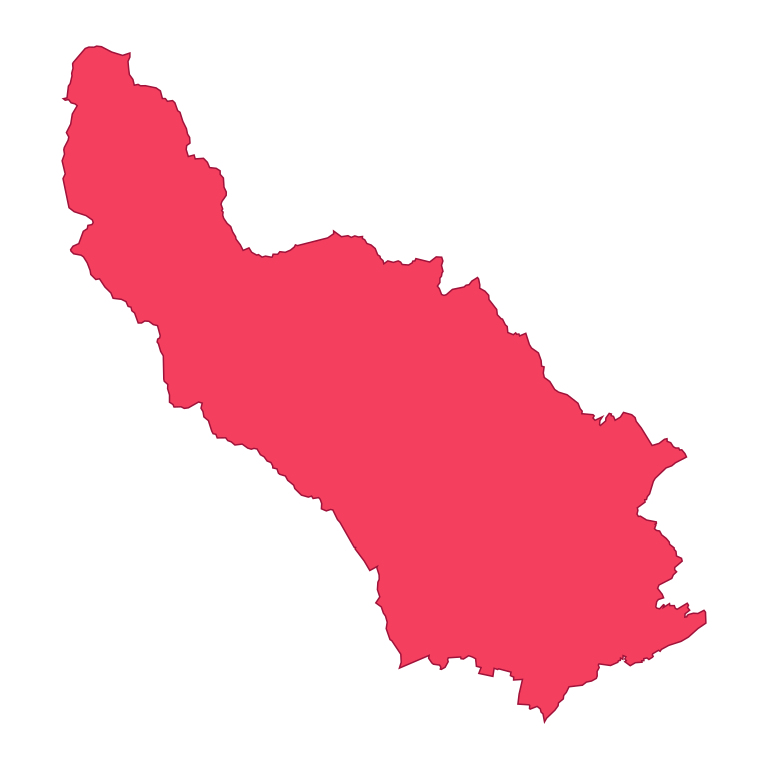 the district of Dumitresti, Vrancea, Romania
{"feature_id": "2599482B73706266576217", "entity_name": "Dumitresti", "entity_type": "district", "adm_level": 2, "iso_a3": "ROU", "parent_name": "Romania", "parent_adm1": "Vrancea", "projection": "albers", "projection_center": [26.916, 45.591], "detail": "fine", "context": "isolated", "style": "filled", "palette": "rose", "viewbox_px": 768, "rotation_deg": 0, "n_neighbors": 0, "source": "geoboundaries", "source_scale": "gbopen_adm2", "svg_char_len": 6051}
<svg xmlns="http://www.w3.org/2000/svg" viewBox="0 0 768 768"><path d="M544.5,721.9L546.6,718.2L554.9,710.2L558.1,705.8L558.5,702.9L563.3,698.9L563.7,695.5L566.3,692.4L569.0,686.8L582.4,685.2L586.4,682.1L591.6,681.0L596.3,678.4L597.2,676.0L597.1,671.4L599.2,667.6L598.3,665.0L599.0,663.9L610.5,665.5L617.8,662.3L618.4,660.8L620.3,660.4L620.5,658.1L622.9,659.3L623.1,655.6L625.9,656.7L624.8,658.9L626.3,660.6L624.8,661.7L630.2,665.7L635.4,662.7L642.0,662.2L641.7,660.8L643.9,660.6L643.8,658.6L647.0,658.0L648.9,659.5L652.5,657.2L653.2,656.3L652.3,655.0L652.8,653.7L658.5,650.3L660.1,651.3L661.4,649.4L668.7,645.4L681.2,641.3L688.4,637.1L698.0,628.5L705.9,623.1L705.5,612.2L704.0,610.3L697.9,613.5L693.4,613.2L689.0,614.4L687.3,615.3L686.8,616.8L684.8,617.1L685.1,613.8L689.7,610.2L687.5,607.4L688.5,605.2L687.2,603.2L677.1,609.3L675.3,608.3L674.3,605.6L669.9,605.6L669.5,603.6L663.4,607.5L664.2,605.1L663.5,604.7L659.6,608.8L656.8,608.1L655.8,606.8L656.7,601.6L658.4,599.5L663.6,597.8L662.2,594.3L657.6,588.3L659.0,585.0L671.8,578.4L673.3,574.9L676.6,571.8L674.7,569.8L674.7,567.5L682.2,561.1L681.5,558.3L676.5,556.0L676.0,551.4L674.2,549.4L674.1,547.8L669.7,544.4L669.2,542.0L666.2,538.4L661.7,534.9L659.6,531.0L656.4,530.4L654.5,528.7L655.9,525.0L655.1,524.2L656.4,523.5L656.3,521.9L646.5,520.0L640.5,516.2L638.4,516.4L637.0,514.1L637.9,510.4L637.3,507.8L645.1,502.1L644.7,499.7L646.5,499.5L647.2,496.8L649.6,493.8L653.4,481.3L655.2,478.3L666.1,467.9L671.8,465.8L675.4,462.8L686.5,457.0L685.0,453.7L681.8,449.8L679.6,450.0L678.7,448.0L675.6,448.0L673.3,446.7L670.7,442.7L667.2,441.4L667.0,438.7L664.4,439.3L659.1,443.4L652.1,445.5L641.3,428.0L636.2,421.4L635.1,417.6L631.7,414.7L623.5,412.4L620.4,417.1L615.1,420.3L613.5,416.4L611.1,415.6L611.4,414.0L609.2,413.4L605.9,418.0L605.7,420.9L600.4,425.5L599.6,424.7L599.9,420.6L602.4,416.8L595.0,420.3L593.0,418.0L594.2,415.9L593.0,414.7L581.8,413.7L582.2,411.2L580.1,408.6L578.0,403.3L567.2,394.8L558.5,392.1L554.7,389.5L549.8,381.5L544.3,377.5L543.3,373.0L544.1,366.9L541.6,366.1L541.1,360.5L538.4,352.9L531.5,348.0L529.4,344.6L525.8,333.3L519.6,335.9L518.9,334.0L516.6,334.3L515.7,332.9L513.3,334.7L507.8,332.5L507.2,326.5L505.3,324.8L502.5,319.1L501.1,318.7L497.3,314.7L496.7,309.5L489.0,299.6L488.7,295.3L485.0,291.2L479.7,288.2L479.8,284.9L478.6,279.0L477.5,277.5L471.8,281.1L469.1,284.7L466.1,285.2L464.0,287.0L452.4,289.4L446.3,294.7L443.9,295.4L441.6,294.5L439.3,288.6L437.4,286.1L439.9,282.5L439.9,278.2L441.5,276.1L442.0,272.9L443.0,271.4L441.5,265.4L442.9,261.0L441.7,257.2L436.2,256.9L429.7,262.0L415.9,258.6L414.9,260.9L412.8,261.1L412.2,262.8L408.6,265.0L402.2,264.5L400.6,262.1L398.2,260.9L393.4,262.4L387.8,260.9L383.8,263.8L383.0,260.6L380.4,258.2L380.0,256.3L377.7,254.8L375.2,248.5L371.1,245.0L366.9,243.5L364.7,239.7L362.4,238.5L362.5,236.5L358.5,237.0L354.8,235.9L351.3,237.4L348.0,235.7L341.4,236.7L333.6,231.0L333.7,233.7L327.7,237.9L297.5,245.6L295.4,244.9L294.3,247.0L290.5,250.1L285.3,252.3L279.8,251.7L277.7,254.3L273.1,254.2L272.3,256.9L271.4,257.2L265.5,256.1L262.1,257.1L258.5,254.6L256.7,255.1L251.7,252.3L249.0,247.9L243.1,250.4L240.3,244.8L236.0,239.1L235.6,236.7L232.6,231.8L230.7,226.5L227.1,223.4L223.7,218.3L222.7,215.1L223.1,212.1L221.7,210.6L222.7,209.0L221.0,204.2L221.9,201.5L226.2,195.4L226.3,192.0L224.0,187.2L223.4,178.0L220.2,174.4L220.1,170.8L216.2,168.3L209.6,167.6L207.4,162.3L203.5,158.3L195.2,158.9L194.1,155.0L188.3,156.5L186.2,149.5L186.7,145.5L190.0,143.1L189.6,137.4L187.5,134.0L186.4,128.6L182.8,121.3L180.0,112.3L177.7,110.7L174.9,102.8L172.6,100.6L167.4,101.3L165.4,98.6L162.4,98.5L160.4,90.9L156.1,87.9L145.3,85.7L140.5,85.8L138.1,84.4L134.3,85.2L132.9,79.4L129.4,74.6L128.7,69.2L128.0,61.4L129.9,57.1L129.9,53.0L122.6,55.4L111.6,52.0L101.5,46.7L96.6,46.1L94.1,47.2L88.8,47.1L85.2,48.5L73.3,62.4L72.6,63.8L73.0,68.3L71.7,73.3L72.0,75.9L70.2,83.6L68.4,86.1L67.0,97.9L63.3,98.7L65.2,100.2L68.6,99.6L71.1,102.8L75.1,103.9L77.2,105.7L72.3,114.0L70.7,124.1L66.4,132.6L68.8,137.0L68.1,140.2L64.3,147.5L63.8,149.8L64.5,154.2L62.1,160.8L65.2,173.9L63.0,178.6L69.0,207.7L74.2,211.7L86.1,215.6L92.4,220.0L93.2,222.6L91.9,224.6L87.9,225.4L87.3,228.7L83.3,231.3L78.8,243.6L73.0,246.2L70.6,249.7L71.0,251.1L73.7,253.8L81.1,255.2L83.5,256.9L87.2,262.8L90.1,270.4L90.8,274.5L95.8,279.5L99.5,278.8L104.9,287.0L110.9,292.9L113.1,298.3L121.3,299.3L126.0,301.6L128.1,306.4L131.0,307.2L131.8,310.7L134.6,313.0L138.2,323.0L141.6,323.0L144.7,321.0L148.9,321.3L153.3,324.6L157.5,325.6L160.2,335.6L159.7,337.9L157.7,339.1L157.1,342.0L158.4,343.7L160.7,351.5L163.3,355.8L163.8,379.1L164.2,381.2L167.8,384.5L167.6,388.6L169.5,394.9L169.5,402.2L173.0,404.5L174.0,407.0L181.1,406.8L184.3,408.4L188.4,407.8L198.6,402.0L202.2,403.1L201.0,408.2L203.0,411.6L203.9,416.9L208.4,420.6L211.7,431.0L213.1,433.7L215.9,434.3L217.2,437.9L225.7,437.8L227.8,440.6L231.3,441.9L234.9,445.0L242.2,444.1L247.7,448.1L251.3,449.2L254.0,448.4L257.1,449.0L260.4,454.7L264.1,456.8L267.1,461.0L270.9,462.5L272.7,465.9L272.8,467.9L277.0,468.9L278.4,473.1L279.8,474.3L285.4,476.0L287.7,480.3L293.7,485.2L294.8,488.6L301.4,495.1L308.3,497.1L311.6,496.1L313.1,498.5L318.6,497.6L320.2,499.3L321.7,503.6L321.4,508.8L326.3,510.9L330.5,509.5L332.8,509.9L337.5,519.6L340.0,522.4L354.2,547.3L355.6,547.5L355.1,548.9L364.2,561.0L369.8,570.5L377.3,566.4L376.8,567.7L379.1,574.9L379.2,579.3L377.9,582.2L377.4,589.6L379.8,596.9L375.8,602.9L381.3,606.9L383.4,613.1L385.5,616.1L387.2,622.2L386.2,628.6L390.0,639.6L391.8,640.7L400.8,654.2L401.2,662.3L399.4,668.1L429.1,655.4L428.6,658.2L431.8,662.9L433.4,664.2L439.6,665.1L440.8,667.2L440.3,669.1L441.3,669.4L445.1,667.3L448.2,661.7L447.6,659.5L448.3,657.8L460.6,657.0L461.0,658.7L463.5,659.0L468.7,655.7L472.4,657.0L475.6,658.7L476.4,666.3L481.1,667.5L478.8,673.4L492.9,676.4L494.1,668.3L497.7,669.5L498.6,668.8L511.0,672.1L510.4,675.6L513.7,677.1L513.6,680.0L522.5,679.4L519.1,694.1L517.9,704.1L528.9,704.8L529.7,705.4L529.5,708.6L530.2,709.1L537.1,706.4L540.3,708.9L541.0,712.0L543.0,713.9L544.5,721.9Z" fill="#f43f5e" stroke="#9f1239" stroke-width="1.5"/></svg>